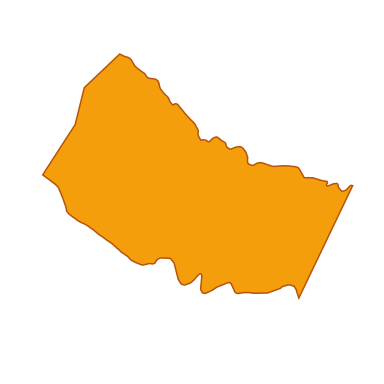 Pomme, Laborie, Saint Lucia, rotated 298°
{"feature_id": "8701671B10960716544692", "entity_name": "Pomme", "entity_type": "district", "adm_level": 2, "iso_a3": "LCA", "parent_name": "Saint Lucia", "parent_adm1": "Laborie", "projection": "orthographic", "projection_center": [-60.981, 13.758], "detail": "fine", "context": "isolated", "style": "filled", "palette": "amber", "viewbox_px": 384, "rotation_deg": 298, "n_neighbors": 0, "source": "geoboundaries", "source_scale": "gbopen_adm2", "svg_char_len": 4917}
<svg xmlns="http://www.w3.org/2000/svg" viewBox="0 0 384 384"><g transform="rotate(298 192 192)"><path d="M273.0,330.9L272.7,329.6L272.2,329.0L271.7,328.7L271.1,328.6L269.3,328.0L266.9,327.4L265.8,326.8L264.6,325.9L263.4,324.9L263.2,324.1L263.2,323.1L263.6,322.0L264.1,320.7L264.8,319.5L265.4,318.8L266.1,318.1L267.0,317.4L267.6,316.4L267.2,315.2L266.5,314.3L265.6,313.0L264.6,312.1L263.0,310.8L261.8,309.8L260.8,308.6L261.0,307.8L261.6,307.3L262.2,307.1L263.2,307.3L263.9,307.2L264.5,306.7L264.7,306.0L264.4,305.0L263.9,304.1L263.5,302.9L263.2,301.3L262.6,299.3L262.5,298.2L262.2,296.7L261.8,295.0L261.6,293.4L261.4,292.4L260.8,291.2L260.0,289.5L259.5,288.4L258.7,287.0L257.8,285.7L257.5,284.9L257.6,284.0L257.9,283.4L258.4,282.6L259.2,281.5L260.0,280.3L261.0,278.5L261.7,277.6L262.3,276.5L263.1,274.9L263.4,273.8L263.3,273.3L263.1,272.4L262.8,271.3L262.4,270.1L261.8,268.7L261.1,267.1L260.4,265.0L259.3,262.9L258.1,260.5L256.8,258.3L255.9,256.9L254.8,255.1L253.9,253.7L253.0,252.2L252.4,250.8L252.1,249.1L251.7,246.5L251.4,244.9L251.2,243.4L251.0,241.9L250.6,240.2L250.0,238.4L249.1,237.2L248.4,236.4L247.3,235.4L245.6,234.5L244.8,234.1L243.9,232.8L243.5,231.6L243.3,230.1L243.5,228.7L243.8,227.5L245.7,226.4L247.1,225.6L248.2,225.2L248.8,224.8L250.6,222.8L251.8,221.8L252.8,220.3L253.5,218.8L254.1,217.6L254.6,216.0L254.8,215.4L254.7,214.0L254.6,213.3L253.7,211.6L252.9,210.5L251.8,209.2L250.6,208.3L249.2,207.2L248.4,206.4L247.5,205.1L247.6,204.6L247.8,203.3L247.8,202.2L248.4,201.2L248.9,200.4L249.5,200.0L250.0,199.5L250.6,199.0L251.0,198.4L251.2,197.5L251.3,196.1L251.3,195.3L251.4,193.7L251.7,192.5L251.9,191.3L252.1,190.1L252.3,189.0L252.3,188.5L251.9,187.5L251.4,186.9L250.4,186.1L249.5,185.4L248.4,184.9L247.4,184.5L246.2,184.2L245.0,183.8L244.3,183.3L243.9,182.4L244.0,181.7L244.3,180.6L244.3,180.1L244.1,179.3L243.8,178.3L243.4,177.6L242.6,176.4L241.9,175.4L242.1,175.2L242.9,173.8L243.8,172.4L244.8,171.2L245.4,170.6L246.2,169.8L246.8,169.7L247.4,169.6L248.3,169.3L249.6,168.2L250.4,167.1L251.6,165.2L252.5,163.9L253.3,162.8L254.0,161.1L254.4,159.9L254.9,158.3L255.2,156.9L255.8,155.3L256.5,153.2L257.3,151.2L258.0,148.8L258.9,147.1L259.8,144.9L260.3,143.7L261.1,141.7L262.0,139.6L262.4,138.8L262.6,137.6L262.4,136.4L261.9,135.6L261.2,135.1L260.3,134.6L260.0,133.7L260.4,132.4L260.9,131.5L261.3,130.5L262.2,129.2L262.7,128.6L263.3,128.0L263.9,127.0L264.4,126.2L264.6,125.4L265.1,124.2L265.1,123.1L265.5,122.3L265.6,122.0L266.1,120.4L266.7,119.2L267.2,118.0L267.9,116.4L268.7,115.2L269.7,114.1L270.9,113.0L271.9,112.3L272.9,111.3L274.0,109.9L274.4,108.5L274.5,107.4L274.3,106.2L274.2,105.7L274.0,105.3L273.4,103.7L272.9,102.5L272.4,100.9L272.2,98.8L272.5,97.9L273.4,96.4L274.2,95.1L274.5,93.6L274.6,92.3L275.0,89.5L275.4,87.0L275.8,84.6L276.2,83.3L276.5,82.3L277.1,81.2L277.7,80.3L278.4,79.1L279.2,77.8L280.0,76.5L280.5,75.3L280.8,73.6L280.8,72.1L280.6,71.3L280.2,69.9L280.1,69.2L280.0,68.0L280.0,67.3L280.0,65.9L280.0,64.6L279.9,63.4L236.8,49.0L236.2,48.8L233.5,47.9L196.7,57.2L137.0,52.1L137.0,52.6L137.0,52.9L136.7,54.6L136.0,58.8L135.8,60.4L134.7,67.4L133.3,72.0L131.0,74.6L130.5,75.3L127.6,78.9L124.6,82.2L122.3,84.7L121.9,85.1L121.6,85.5L121.0,86.1L119.5,87.8L116.9,89.7L116.3,90.2L116.1,90.7L114.9,93.3L114.5,95.1L113.9,99.2L113.8,100.7L113.6,101.5L113.0,105.6L113.1,109.4L113.3,111.9L113.3,113.0L113.3,113.3L113.2,115.5L113.0,116.8L112.8,118.4L112.5,120.1L112.4,122.9L112.2,123.2L112.1,123.5L110.8,129.4L110.6,131.4L110.5,133.1L110.2,135.0L109.6,138.9L109.5,139.6L109.0,144.8L108.9,145.0L108.9,145.3L108.8,145.6L108.7,146.1L108.7,146.5L107.8,149.8L107.7,150.4L107.0,152.9L106.8,154.5L106.4,155.6L106.2,156.0L105.9,156.9L104.9,165.4L103.2,170.2L103.2,170.7L103.3,175.5L103.8,179.6L103.7,180.2L104.3,182.6L104.7,183.3L108.4,187.5L108.7,187.8L109.3,189.1L110.2,191.3L110.4,191.6L111.8,192.6L113.2,192.7L114.6,192.8L115.3,192.9L115.6,193.0L116.9,193.5L118.1,194.4L118.3,194.5L119.3,195.7L119.7,196.5L120.7,198.8L121.3,199.8L122.3,202.1L123.2,203.9L122.4,206.0L122.2,206.6L121.7,207.7L120.9,209.5L108.6,220.7L107.3,222.7L106.6,224.0L105.8,225.5L105.8,226.9L106.3,229.0L106.9,229.7L110.6,233.0L111.5,233.6L115.4,235.1L117.3,235.5L120.5,236.2L122.3,236.8L123.6,237.6L123.8,237.9L123.9,238.3L123.3,239.5L122.5,240.0L122.1,240.1L121.9,240.4L110.9,244.9L110.4,245.2L109.8,245.7L108.1,248.1L107.9,248.6L108.5,251.0L109.3,251.9L115.0,256.2L116.2,256.8L117.6,257.5L120.4,259.1L120.8,259.6L126.6,264.4L127.8,265.3L128.9,266.4L129.0,266.9L129.9,267.7L129.5,268.6L129.4,269.7L128.7,270.3L128.4,271.0L126.5,273.4L125.4,274.9L124.3,276.2L123.6,277.3L123.6,279.6L124.6,281.1L126.9,284.1L129.5,288.5L131.6,294.0L131.8,294.4L138.1,305.8L138.8,306.6L147.8,314.7L148.7,315.4L149.9,315.8L150.3,315.9L150.9,316.2L155.2,320.6L155.4,321.2L155.6,321.6L156.2,322.9L156.4,324.9L156.4,325.2L156.7,326.6L155.1,329.0L155.0,329.7L153.5,330.9L148.5,336.1L273.0,330.9Z" fill="#f59e0b" stroke="#b45309" stroke-width="1.5"/></g></svg>